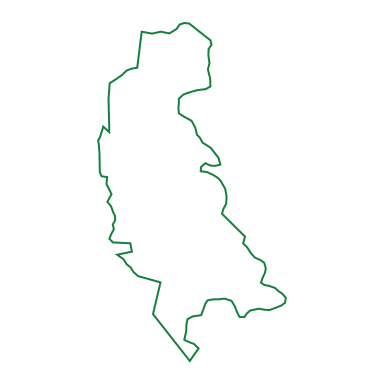 outline of Malta, Paraíba, Brazil
{"feature_id": "56859067B76559987964982", "entity_name": "Malta", "entity_type": "district", "adm_level": 2, "iso_a3": "BRA", "parent_name": "Brazil", "parent_adm1": "Paraíba", "projection": "mercator", "projection_center": [-37.521, -6.885], "detail": "fine", "context": "isolated", "style": "outline", "palette": "green", "viewbox_px": 384, "rotation_deg": 0, "n_neighbors": 0, "source": "geoboundaries", "source_scale": "gbopen_adm2", "svg_char_len": 1762}
<svg xmlns="http://www.w3.org/2000/svg" viewBox="0 0 384 384"><path d="M189.8,361.0L194.3,354.4L198.6,348.4L193.9,343.9L189.8,342.4L184.3,339.8L186.2,331.2L186.4,324.6L187.5,319.2L192.7,316.4L201.1,315.2L203.4,309.3L205.3,303.8L207.5,300.4L213.4,299.3L219.1,299.3L224.5,298.6L231.5,300.8L234.9,306.5L236.8,311.6L239.5,316.9L244.3,317.1L246.9,313.4L250.4,310.4L255.0,309.5L259.0,308.7L265.0,309.8L269.7,310.0L275.4,307.9L281.2,305.6L285.1,302.7L285.8,297.7L282.1,293.5L278.5,291.2L275.1,288.0L268.9,285.8L264.7,285.1L261.0,282.7L262.7,277.6L265.0,272.7L265.8,268.4L264.2,262.7L260.1,259.9L255.0,257.7L250.6,252.8L247.2,247.4L243.1,243.3L245.0,236.6L222.0,213.8L223.3,209.1L226.1,203.9L226.6,196.6L225.2,188.8L220.8,181.1L217.9,177.9L212.9,174.8L207.3,172.2L200.7,171.2L201.1,166.9L205.3,163.2L210.2,165.5L215.2,165.9L220.4,164.6L218.4,157.7L210.7,147.8L202.5,142.6L199.8,137.6L196.9,134.6L195.4,128.0L191.6,120.8L184.6,117.0L178.9,113.4L178.4,107.8L178.8,103.6L178.8,98.9L183.0,94.8L187.2,93.1L192.1,91.6L197.2,90.2L205.7,89.1L210.4,86.5L210.2,78.6L207.9,69.4L209.5,63.3L208.4,55.7L208.6,49.1L211.5,44.8L210.5,40.4L189.3,23.6L184.3,23.0L179.6,24.5L176.6,29.0L169.4,33.4L160.8,31.7L152.1,33.6L141.7,31.7L137.2,67.8L131.7,68.6L126.6,70.6L121.9,75.1L116.6,78.8L109.7,83.2L108.5,98.9L108.7,105.8L109.2,126.2L109.2,132.1L103.3,126.6L101.5,132.3L100.3,136.3L98.2,140.5L99.0,146.5L99.5,154.3L99.8,172.2L101.5,176.2L107.1,177.1L106.5,184.2L109.2,189.4L111.5,194.1L107.4,201.8L111.0,206.2L113.1,212.1L115.1,216.0L115.1,220.4L112.8,224.5L113.9,229.1L111.2,234.1L109.4,238.7L112.8,242.4L130.3,243.3L131.9,251.7L117.2,254.7L123.5,259.2L126.7,264.3L130.7,267.5L133.3,271.8L138.0,276.1L160.5,282.4L153.0,314.1L189.8,361.0Z" fill="none" stroke="#15803d" stroke-width="2"/></svg>